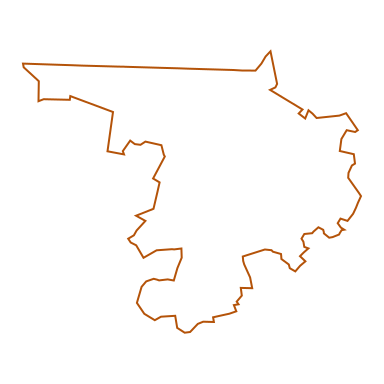 Middlesex, Massachusetts, United States of America
{"feature_id": "52423323B1907827935694", "entity_name": "Middlesex", "entity_type": "district", "adm_level": 2, "iso_a3": "USA", "parent_name": "United States of America", "parent_adm1": "Massachusetts", "projection": "natural_earth1", "projection_center": [-71.366, 42.447], "detail": "fine", "context": "isolated", "style": "outline", "palette": "amber", "viewbox_px": 384, "rotation_deg": 0, "n_neighbors": 0, "source": "geoboundaries", "source_scale": "gbopen_adm2", "svg_char_len": 1910}
<svg xmlns="http://www.w3.org/2000/svg" viewBox="0 0 384 384"><path d="M305.4,261.3L300.0,256.2L303.7,252.5L308.4,248.4L304.3,246.9L303.4,241.7L301.5,238.7L304.3,234.0L312.2,233.2L313.5,231.6L318.4,227.3L323.2,229.8L323.8,232.0L323.9,233.4L329.2,237.7L332.6,237.1L339.1,234.5L339.7,233.2L341.6,230.2L344.2,229.7L340.9,227.6L337.7,223.2L340.5,218.6L347.5,220.9L353.1,213.8L356.0,207.7L357.9,202.9L361.0,196.1L358.9,192.9L348.2,177.8L348.5,172.9L351.9,165.5L355.0,163.6L353.8,154.2L339.8,151.0L341.4,139.0L346.7,130.2L355.1,132.0L357.8,130.2L346.1,113.2L339.4,115.6L316.6,118.0L312.5,113.6L308.5,110.3L305.2,118.5L298.7,113.5L302.5,109.5L270.1,89.9L275.4,87.4L277.1,83.9L270.5,51.3L270.3,51.5L265.6,56.5L261.4,63.6L255.5,70.6L241.7,70.5L233.3,70.0L226.5,69.8L219.8,69.6L202.4,69.1L195.9,68.9L192.6,68.8L188.8,68.7L178.0,68.3L160.0,67.8L126.1,66.8L125.7,66.8L124.0,66.7L118.0,66.6L81.8,65.6L71.6,65.2L58.9,64.8L23.0,63.6L23.7,67.3L38.8,81.2L38.5,101.2L43.7,99.2L69.8,99.8L70.3,96.1L113.0,112.0L107.5,151.3L124.0,154.4L122.8,151.1L130.2,140.6L134.8,144.1L140.5,144.8L145.4,141.6L161.4,145.2L163.8,154.7L164.8,156.5L153.1,178.5L159.6,182.4L157.5,191.7L153.5,208.8L136.1,215.7L145.4,220.9L136.6,230.5L133.9,235.3L128.2,238.7L130.7,242.5L136.2,245.3L143.5,257.8L156.6,250.3L171.9,249.2L174.2,249.4L181.4,248.5L181.7,257.7L177.4,268.1L173.8,280.5L167.7,279.4L159.1,280.4L156.9,279.6L153.7,278.8L146.2,281.4L141.6,286.8L138.0,299.1L136.9,302.9L144.3,313.8L154.8,320.2L161.0,316.7L175.2,315.8L177.2,327.9L184.7,332.7L190.1,332.0L197.8,323.9L203.2,321.7L213.9,322.0L213.1,317.3L220.7,315.6L229.4,313.7L236.3,311.3L233.9,305.1L238.5,304.3L236.7,301.6L241.8,295.6L240.8,287.9L252.2,288.2L250.1,277.4L244.2,264.4L243.2,261.0L242.8,256.5L264.9,249.5L271.5,250.2L272.9,251.7L281.0,254.0L281.2,255.7L281.4,259.0L288.8,264.5L289.8,268.2L295.3,271.4L300.1,265.8L305.4,261.3Z" fill="none" stroke="#b45309" stroke-width="2"/></svg>